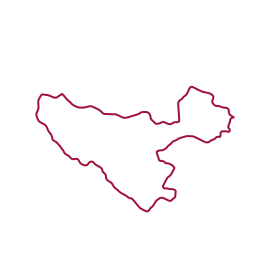 Cevicos, Sánchez Ramírez, Dominican Republic, rotated 116°
{"feature_id": "3306468B8786854663218", "entity_name": "Cevicos", "entity_type": "district", "adm_level": 2, "iso_a3": "DOM", "parent_name": "Dominican Republic", "parent_adm1": "Sánchez Ramírez", "projection": "natural_earth1", "projection_center": [-70.001, 19.019], "detail": "fine", "context": "isolated", "style": "outline", "palette": "rose", "viewbox_px": 256, "rotation_deg": 116, "n_neighbors": 0, "source": "geoboundaries", "source_scale": "gbopen_adm2", "svg_char_len": 5765}
<svg xmlns="http://www.w3.org/2000/svg" viewBox="0 0 256 256"><g transform="rotate(116 128 128)"><path d="M89.3,40.8L88.6,39.7L88.2,39.0L87.9,38.2L87.6,36.6L87.3,35.9L87.1,35.6L86.7,35.4L86.4,35.3L86.0,35.3L85.7,35.4L85.1,35.8L84.4,36.6L83.7,37.8L83.5,38.1L82.8,38.5L82.0,38.7L78.0,39.1L77.2,39.2L75.9,39.7L75.2,39.8L74.9,39.8L74.2,39.5L72.1,38.0L71.6,41.6L71.3,42.4L71.1,42.8L70.6,43.5L70.0,44.0L68.3,44.9L67.7,45.4L67.2,46.0L67.0,46.4L66.8,47.2L66.7,47.6L66.8,48.5L67.8,51.2L68.0,52.1L68.3,54.9L68.5,55.8L69.5,58.5L69.6,59.4L69.6,59.9L69.4,60.7L69.1,61.5L68.4,62.8L67.9,63.4L67.7,63.7L67.3,63.9L66.5,64.2L64.0,64.4L63.1,64.7L62.4,65.1L61.9,65.7L61.5,66.5L61.2,67.4L61.1,68.9L61.1,69.8L61.3,70.9L61.8,72.9L62.2,74.7L62.6,76.2L62.8,77.2L62.8,78.2L62.9,80.7L62.8,86.3L62.8,87.7L63.0,88.6L63.2,89.0L63.4,89.3L63.7,89.6L64.1,89.8L64.9,90.0L65.7,90.1L70.2,90.0L71.5,90.1L72.4,90.2L73.6,90.6L75.0,91.4L75.7,91.7L77.7,92.2L78.5,92.5L80.6,93.6L81.0,93.8L81.8,93.9L83.0,93.9L83.9,93.7L84.2,93.5L85.9,92.5L87.4,91.8L89.4,90.5L90.9,89.8L92.9,88.5L94.4,87.8L96.4,86.5L98.8,85.3L99.4,85.1L99.7,85.1L100.1,85.2L100.4,85.4L100.9,85.9L101.3,86.5L102.2,88.3L102.9,89.2L103.5,89.7L104.6,90.3L105.2,90.8L105.8,91.4L106.2,92.1L106.6,92.9L106.7,93.8L106.9,97.5L107.0,98.4L107.2,99.2L107.4,99.5L107.7,99.8L109.5,101.3L110.5,102.2L111.1,103.0L111.5,103.8L111.7,104.2L111.8,104.6L111.8,105.6L111.6,106.4L110.9,108.3L110.3,110.3L110.0,111.1L109.5,111.7L108.3,112.5L107.3,113.4L106.7,114.0L106.1,114.7L105.6,115.5L105.4,116.4L105.3,117.3L105.4,117.8L105.7,118.6L106.9,121.3L107.1,121.6L107.6,122.3L108.1,122.9L108.7,123.4L110.2,124.2L110.9,124.7L112.3,126.1L119.0,133.4L119.8,134.6L120.3,135.4L120.5,135.9L120.8,136.8L120.9,137.8L120.9,143.0L121.0,144.0L121.1,144.9L121.4,145.8L122.3,147.7L123.0,149.4L124.1,151.7L124.8,153.3L125.5,154.8L125.7,155.6L125.8,156.0L125.8,156.9L125.7,157.3L125.5,158.1L125.0,159.2L124.7,160.0L124.5,161.0L124.4,162.0L124.3,164.5L124.3,167.6L124.4,169.1L124.6,170.6L125.0,171.5L125.5,172.4L126.4,173.5L128.3,175.7L129.2,176.9L131.0,180.9L131.1,181.3L131.3,182.2L131.5,183.6L131.5,185.6L131.4,187.0L131.2,188.4L131.0,189.3L130.1,191.2L129.9,192.1L129.5,193.9L129.3,194.8L128.3,197.1L127.6,198.7L126.7,200.6L126.5,201.4L126.3,202.2L127.8,203.0L129.5,204.2L131.3,205.1L131.9,205.6L132.4,206.3L132.8,207.0L133.0,207.5L133.2,208.5L133.2,209.5L133.3,212.6L133.5,214.1L133.7,215.0L134.5,216.9L135.0,218.7L135.3,219.6L135.6,219.9L135.9,220.1L136.5,220.4L137.5,220.5L139.8,220.7L141.1,220.7L142.4,220.6L143.2,220.4L144.0,220.1L145.7,219.1L147.1,218.4L148.8,217.4L149.6,217.1L150.8,216.9L154.7,216.7L155.5,216.6L156.3,216.2L157.0,215.7L157.7,215.1L158.6,214.2L160.1,212.4L160.6,211.6L161.0,210.8L161.2,209.9L161.3,208.9L161.4,205.6L161.4,204.6L161.6,203.7L161.9,202.8L162.6,201.7L165.0,198.9L165.8,197.8L166.3,197.0L167.0,195.4L167.7,194.2L168.3,193.5L169.2,192.5L169.9,191.9L171.1,191.0L171.3,190.7L171.5,190.4L171.8,189.6L172.1,186.5L172.3,185.6L172.4,185.2L173.3,183.3L174.1,181.2L175.7,178.4L176.0,177.6L176.3,176.9L177.9,174.7L178.3,173.9L178.7,173.0L178.8,172.1L179.1,169.2L179.3,168.3L179.6,167.5L180.2,166.0L180.3,165.6L180.3,164.7L180.2,163.9L179.8,163.1L178.4,161.0L178.1,160.2L178.0,159.8L178.1,159.4L178.4,158.6L179.9,156.5L180.3,155.7L180.5,155.3L180.7,154.3L180.8,153.4L180.8,152.4L180.7,151.5L180.6,150.6L180.2,149.7L179.7,149.1L179.1,148.6L178.3,148.2L176.0,147.7L175.3,147.4L174.7,146.9L174.4,146.5L174.1,145.8L173.9,144.9L174.0,144.0L174.3,143.3L174.9,141.8L175.2,140.5L175.3,139.0L175.4,136.6L175.6,135.2L175.8,134.3L176.0,134.0L176.5,133.3L177.0,132.7L178.1,131.8L178.5,131.2L178.8,130.5L179.2,128.9L179.4,128.5L179.8,127.8L180.6,126.9L182.6,125.7L183.1,125.2L183.6,124.5L183.8,124.1L184.0,123.2L184.2,122.3L184.4,120.0L184.5,119.1L184.7,118.6L185.1,117.8L186.6,115.5L187.3,114.3L187.6,113.4L188.1,110.7L188.9,108.5L189.2,107.0L189.4,106.0L189.6,101.4L189.7,99.9L189.9,98.9L190.3,97.5L190.4,96.7L190.3,96.1L190.0,95.0L189.9,94.2L189.9,93.4L189.9,92.9L190.2,92.2L190.9,90.7L191.5,89.0L192.7,86.8L193.4,85.1L194.3,83.2L194.5,82.3L194.7,81.4L194.9,78.8L194.9,77.3L194.9,75.8L194.7,74.9L194.6,74.5L194.4,74.1L194.2,73.7L193.8,73.5L193.1,73.1L190.6,72.8L189.7,72.5L187.9,71.7L187.1,71.4L185.8,71.2L182.6,71.0L181.3,70.8L180.1,70.3L177.3,68.8L176.7,68.3L176.2,67.6L175.8,66.8L175.6,66.4L175.5,65.4L175.4,64.4L175.4,59.9L175.3,59.0L175.1,58.2L174.8,57.8L174.2,57.3L172.1,56.6L170.4,55.7L169.7,55.5L168.8,55.5L168.4,55.6L167.7,55.9L166.4,56.5L164.3,57.2L163.7,57.7L163.5,58.0L163.2,58.8L163.2,59.7L163.3,60.6L163.4,61.0L164.4,63.3L164.7,64.1L165.2,66.3L166.1,68.4L166.2,68.8L166.3,69.6L166.1,70.0L166.0,70.4L165.6,70.7L165.3,70.9L164.5,71.1L163.2,71.1L156.8,70.9L155.8,70.8L154.9,70.6L154.0,70.2L152.4,69.3L151.0,69.0L148.6,68.8L143.5,68.8L142.7,70.2L142.4,70.9L142.2,71.3L142.1,72.2L142.0,73.5L142.0,74.9L142.1,75.7L142.3,76.5L142.8,78.0L143.0,78.7L142.9,79.4L142.5,80.8L142.4,81.8L142.5,82.5L142.6,82.8L143.1,83.9L143.3,84.6L143.4,85.2L143.3,85.8L143.0,86.3L141.2,87.8L138.7,90.4L137.8,91.2L137.1,91.6L136.7,91.6L136.4,91.6L136.0,91.4L135.4,91.0L134.6,90.1L133.7,88.8L133.0,87.4L132.7,87.1L132.2,86.6L130.3,85.3L129.6,84.9L128.8,84.6L126.7,84.2L126.0,83.9L124.3,82.9L123.5,82.7L121.9,82.3L121.1,82.0L120.7,81.8L120.0,81.3L117.6,79.2L115.8,78.1L115.0,77.6L114.0,76.6L113.0,75.6L110.5,72.7L109.3,71.2L108.9,70.4L108.2,68.7L107.5,67.2L107.2,66.4L107.0,66.0L106.9,65.0L106.8,63.5L106.8,60.9L106.9,55.2L106.9,53.3L106.8,52.4L106.6,51.4L106.5,51.0L106.1,50.3L105.8,49.9L105.2,49.3L104.6,48.9L103.1,48.1L100.7,46.0L100.0,45.5L99.2,45.1L97.8,44.6L97.2,44.3L96.7,43.8L96.1,42.2L96.0,41.9L95.8,41.7L95.5,41.5L95.1,41.4L94.5,41.4L93.9,41.7L92.7,42.4L91.9,42.6L91.2,42.6L90.4,42.4L89.8,42.1L89.5,41.5L89.3,40.8Z" fill="none" stroke="#9f1239" stroke-width="2"/></g></svg>